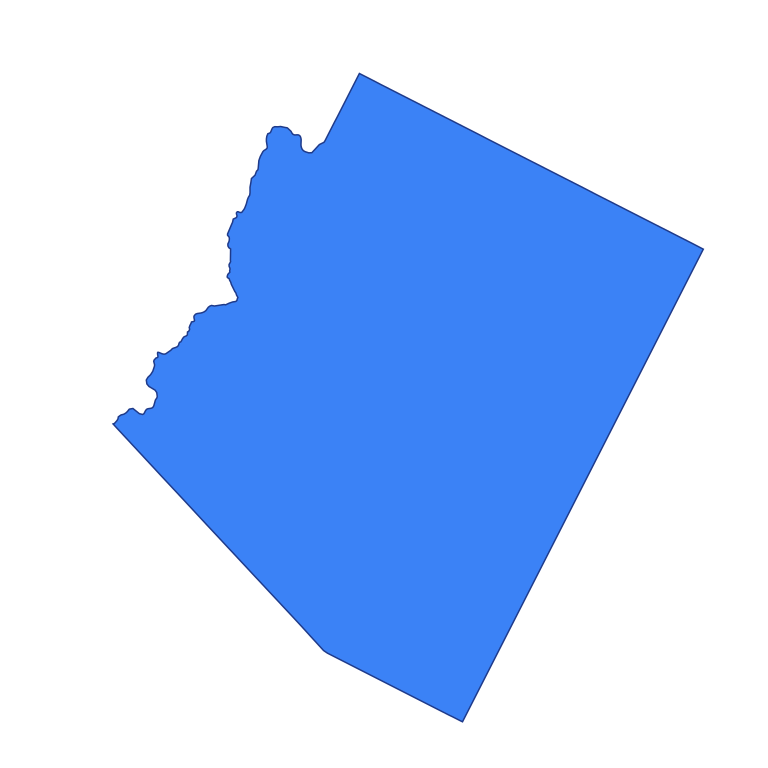 the border of Arizona, rotated 27°
{"feature_id": "USA-3520", "entity_name": "Arizona", "entity_type": "State", "adm_level": 1, "iso_a3": "USA", "parent_name": "United States of America", "parent_adm1": "", "projection": "mercator", "projection_center": [-112.833, 34.165], "detail": "fine", "context": "isolated", "style": "filled", "palette": "blue", "viewbox_px": 768, "rotation_deg": 27, "n_neighbors": 0, "source": "natural_earth", "source_scale": "10m", "svg_char_len": 4850}
<svg xmlns="http://www.w3.org/2000/svg" viewBox="0 0 768 768"><g transform="rotate(27 384 384)"><path d="M455.8,649.5L451.1,648.9L449.0,648.1L445.0,646.6L441.0,645.1L437.0,643.6L433.0,642.1L429.1,640.6L425.1,639.1L421.1,637.6L417.1,636.1L385.5,624.6L353.8,613.1L322.2,601.6L290.5,590.1L258.9,578.5L227.2,567.0L195.6,555.4L163.9,543.8L161.1,542.7L160.9,542.7L160.7,542.6L161.7,541.6L162.7,537.8L162.8,535.8L162.2,533.9L163.4,531.5L163.8,530.9L165.6,529.3L166.2,528.6L167.1,527.1L167.7,525.5L168.3,523.2L168.2,523.1L168.5,522.0L171.4,519.8L179.5,521.5L182.8,520.7L183.6,519.4L183.6,517.7L183.6,516.0L183.9,514.4L184.9,513.2L187.7,511.2L188.6,510.0L188.8,508.0L187.6,502.1L187.7,501.0L187.9,500.1L187.9,499.2L187.6,498.0L185.4,494.8L182.8,493.4L175.7,492.9L172.7,491.6L170.4,488.4L170.6,485.2L171.8,481.7L172.2,477.7L171.4,472.4L170.9,471.1L168.5,468.3L168.3,467.0L169.0,464.4L170.0,463.4L170.3,462.6L169.8,461.6L169.2,460.9L168.4,459.7L168.0,458.6L168.8,458.1L172.6,457.8L174.5,457.3L175.8,456.2L178.7,450.8L179.4,448.5L180.2,447.6L181.8,446.0L182.8,444.7L183.1,444.0L183.3,442.8L182.9,440.8L182.9,439.6L183.6,439.0L183.8,438.6L183.9,437.5L183.9,435.5L184.2,433.2L185.1,431.9L186.0,430.9L186.5,429.5L185.7,427.8L185.3,426.8L185.7,426.3L186.0,425.8L186.1,424.7L186.0,423.6L185.7,423.1L184.8,422.1L184.5,419.9L184.5,417.5L184.3,416.1L185.8,414.9L186.4,414.1L186.3,413.3L184.8,411.5L184.1,410.4L183.9,409.3L184.4,407.3L185.6,406.0L188.6,403.9L189.9,402.7L191.1,401.2L192.0,399.4L192.6,395.4L193.5,393.6L194.7,392.3L197.5,391.5L205.4,385.8L206.9,385.4L209.4,382.2L211.9,379.6L214.4,377.8L215.0,376.5L214.6,374.5L214.6,373.3L212.1,371.6L211.2,370.6L210.5,370.0L209.1,369.3L202.7,364.5L201.5,363.2L201.1,362.8L199.6,361.8L199.2,361.5L198.6,360.8L198.3,360.5L198.0,360.4L197.6,360.4L196.6,360.3L196.1,360.2L195.7,359.8L195.4,359.2L195.2,358.0L195.1,357.1L195.5,355.7L195.9,354.3L195.1,353.3L194.6,351.4L193.7,350.4L192.7,349.6L191.8,348.1L191.7,347.5L191.8,345.2L191.7,344.5L191.4,344.1L191.1,343.7L186.0,333.3L183.9,333.0L182.3,331.9L181.3,330.1L181.2,327.5L180.9,326.3L180.3,324.8L179.4,323.5L178.3,323.0L177.1,322.5L176.5,321.4L175.7,310.4L175.7,309.7L175.6,308.6L174.8,305.5L176.7,303.1L177.0,302.2L176.7,300.9L175.2,299.3L174.8,298.4L175.1,297.1L175.9,296.7L176.9,296.7L178.0,296.5L178.9,296.0L179.3,295.7L180.0,292.0L180.0,290.0L179.6,286.2L178.6,281.6L178.4,279.2L178.6,276.7L177.8,274.4L175.3,269.5L173.9,264.9L172.6,261.1L174.3,256.5L173.8,252.3L174.4,250.3L173.9,248.7L171.1,241.8L170.8,239.9L170.5,237.3L170.6,232.0L171.0,230.6L172.4,228.2L172.7,227.1L172.5,226.0L172.0,225.2L169.0,221.1L167.9,218.9L167.1,216.4L166.9,213.7L168.2,212.4L168.6,211.3L168.6,210.2L168.4,208.1L168.4,207.0L168.5,206.2L168.7,205.7L169.3,205.0L169.6,204.6L169.9,204.3L172.5,203.1L175.0,201.5L179.5,200.3L180.7,199.9L181.3,199.7L182.1,199.8L186.2,201.0L186.5,201.1L186.9,201.4L187.6,201.9L188.4,202.4L189.4,202.8L190.0,202.8L190.6,202.8L191.1,202.7L191.5,202.6L193.5,201.4L194.0,201.2L194.4,201.0L194.9,200.9L195.5,200.9L196.0,201.0L196.7,201.2L197.4,201.7L198.2,202.5L199.0,203.5L199.5,204.4L201.3,208.3L202.0,209.5L203.0,210.7L204.4,211.9L206.2,212.7L208.2,212.8L212.0,212.2L214.7,210.7L215.9,206.5L216.9,202.9L217.7,200.0L219.2,198.0L220.8,195.9L220.9,194.9L221.0,194.0L221.0,189.9L221.0,189.1L221.0,186.9L221.0,183.4L221.0,178.8L221.0,173.5L221.1,167.4L221.1,161.0L221.1,154.3L221.1,147.7L221.1,141.2L221.1,135.2L221.1,129.7L221.1,125.2L221.1,121.6L221.1,119.3L221.1,118.5L233.2,118.5L245.3,118.6L257.3,118.6L269.4,118.6L281.5,118.6L293.6,118.6L305.6,118.6L317.7,118.6L329.8,118.6L341.8,118.6L353.9,118.6L366.0,118.7L378.0,118.7L390.1,118.7L402.2,118.7L414.2,118.7L426.3,118.7L438.4,118.7L450.4,118.7L462.5,118.7L474.6,118.7L486.6,118.8L498.7,118.8L510.8,118.8L522.8,118.8L534.9,118.8L547.0,118.8L559.1,118.8L571.1,118.8L583.2,118.8L595.3,118.8L607.3,118.9L607.3,136.0L607.3,153.1L607.3,170.1L607.3,187.1L607.3,204.1L607.3,221.0L607.3,237.9L607.3,254.8L607.3,271.6L607.3,288.4L607.3,305.2L607.3,321.9L607.3,338.5L607.3,355.2L607.3,371.8L607.3,388.4L607.3,404.9L607.3,421.4L607.3,437.9L607.3,454.3L607.3,470.7L607.3,487.1L607.3,503.4L607.3,519.7L607.3,536.0L607.3,552.2L607.3,568.4L607.3,584.6L607.3,600.7L607.3,616.8L607.3,632.9L607.3,649.0L607.3,649.3L605.6,649.4L602.3,649.4L599.0,649.4L595.7,649.4L592.4,649.5L589.1,649.5L585.8,649.5L582.5,649.5L579.2,649.5L575.9,649.5L572.5,649.5L569.2,649.5L565.9,649.5L562.6,649.5L559.3,649.5L556.0,649.5L552.7,649.5L549.4,649.5L546.1,649.5L542.8,649.5L539.5,649.5L536.2,649.5L532.9,649.5L529.6,649.5L526.3,649.5L523.0,649.5L519.7,649.5L516.4,649.5L513.1,649.5L509.8,649.5L506.5,649.5L503.2,649.5L499.9,649.5L496.6,649.5L493.3,649.5L490.0,649.5L486.7,649.5L483.3,649.5L480.0,649.5L476.7,649.5L473.4,649.5L470.1,649.5L466.8,649.5L463.5,649.5L460.2,649.5L455.8,649.5Z" fill="#3b82f6" stroke="#1e3a8a" stroke-width="1.5"/></g></svg>